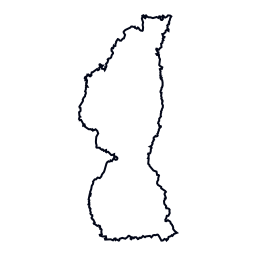 Piratini, Rio Grande do Sul, Brazil
{"feature_id": "56859067B24745919353096", "entity_name": "Piratini", "entity_type": "district", "adm_level": 2, "iso_a3": "BRA", "parent_name": "Brazil", "parent_adm1": "Rio Grande do Sul", "projection": "equal_earth", "projection_center": [-53.097, -31.406], "detail": "fine", "context": "isolated", "style": "outline", "palette": "ink", "viewbox_px": 256, "rotation_deg": 0, "n_neighbors": 0, "source": "geoboundaries", "source_scale": "gbopen_adm2", "svg_char_len": 5788}
<svg xmlns="http://www.w3.org/2000/svg" viewBox="0 0 256 256"><path d="M170.2,15.6L168.0,15.4L166.8,16.8L165.1,17.6L164.4,17.3L163.5,15.8L162.8,15.6L162.3,16.6L162.9,19.0L162.1,20.0L161.5,20.0L160.9,19.7L160.3,18.6L160.3,16.6L159.3,16.3L158.3,17.9L156.7,17.0L152.9,18.1L150.3,17.3L148.5,17.3L147.1,16.6L146.1,15.4L145.3,15.6L145.4,16.4L146.0,17.1L145.2,18.2L143.8,17.2L143.2,15.4L142.3,15.8L142.5,17.4L141.9,18.2L141.9,18.9L143.1,22.3L142.6,25.0L143.1,27.3L142.8,30.3L142.4,30.8L140.9,30.6L139.8,29.9L138.4,27.8L137.9,27.5L137.2,28.5L136.6,28.7L135.5,27.8L135.0,27.8L134.8,26.7L133.2,26.9L132.4,26.5L131.3,26.5L130.3,27.6L125.3,30.0L123.7,31.6L123.7,32.6L125.1,34.9L123.9,38.4L122.8,38.7L121.0,40.7L119.6,40.5L118.5,39.3L117.8,39.1L116.1,41.7L116.1,42.7L115.5,43.7L115.4,45.9L114.1,46.4L113.7,45.9L113.2,48.2L112.0,48.0L111.4,49.1L111.8,50.2L111.5,50.8L112.9,52.4L113.0,53.5L111.8,55.0L111.1,57.5L109.9,58.4L108.5,58.6L107.7,59.4L108.2,60.1L107.4,62.6L106.1,63.7L106.4,66.2L106.1,67.1L105.2,67.2L105.5,68.8L104.7,70.2L104.1,69.0L102.1,68.8L101.5,67.1L102.8,65.6L102.0,65.6L100.0,64.2L99.5,64.5L99.6,65.2L100.6,66.5L99.2,67.7L99.4,69.0L98.5,70.0L97.9,70.2L97.1,69.0L92.9,72.1L91.7,72.4L91.2,74.4L91.5,75.1L90.5,76.3L89.7,76.2L89.6,75.2L88.8,75.3L88.4,74.5L87.4,74.6L87.6,75.7L86.5,76.2L86.2,77.2L85.4,77.0L84.9,77.4L84.8,78.2L85.8,78.4L86.3,79.0L85.4,79.3L85.3,80.4L87.0,80.8L86.8,82.9L86.1,83.1L86.3,84.3L86.0,85.2L87.0,85.8L87.5,86.7L86.4,86.6L85.9,87.0L85.9,89.2L85.1,91.5L85.8,92.1L85.8,93.7L85.2,94.7L85.0,96.3L83.7,97.6L82.7,99.8L83.0,100.5L82.8,101.3L79.4,106.6L79.6,107.6L80.5,108.0L80.6,110.2L80.4,111.2L79.1,112.2L79.4,115.7L80.2,116.7L79.6,116.9L79.0,119.0L79.6,119.5L79.7,120.2L81.1,120.0L83.3,124.0L83.2,125.3L84.5,124.5L84.9,125.6L84.5,126.3L87.6,128.5L89.0,129.3L90.4,129.1L91.5,129.8L92.1,129.3L92.8,130.4L93.2,129.9L93.7,130.3L95.6,129.3L97.3,131.0L98.2,133.5L96.3,136.8L95.9,141.3L96.0,143.2L96.6,145.3L96.3,147.0L96.6,147.6L99.8,147.8L100.2,148.6L101.9,149.8L102.4,149.4L102.9,149.5L103.8,150.9L106.0,150.1L105.9,151.9L106.5,152.3L107.4,151.8L108.2,151.8L111.2,155.0L112.0,155.1L114.1,154.2L114.0,155.6L114.4,157.3L115.7,156.5L117.2,157.6L117.4,158.7L116.8,159.6L115.4,159.8L113.7,158.3L111.9,161.1L110.7,160.5L110.6,161.2L109.1,161.7L108.5,161.3L107.4,162.0L106.5,163.4L104.4,170.8L103.7,172.4L102.8,173.3L101.8,174.9L101.3,176.5L99.8,178.1L97.6,177.6L95.9,179.4L94.7,179.4L93.9,180.4L93.0,181.7L93.3,182.3L92.9,184.1L91.8,185.7L91.2,189.2L90.1,192.1L90.2,192.9L90.8,193.6L90.4,195.4L89.6,194.8L88.6,199.6L89.3,200.1L89.3,200.8L88.8,201.8L89.3,202.6L88.5,204.3L89.4,204.4L89.1,207.0L89.8,207.6L89.7,208.5L90.5,208.9L90.1,210.5L90.8,212.5L90.4,213.6L91.1,214.6L92.3,215.2L92.3,216.5L91.5,217.9L92.5,219.4L93.2,219.5L94.7,222.5L93.7,223.3L94.0,223.9L95.0,224.2L97.3,225.9L98.4,225.4L99.1,225.9L99.8,225.9L100.1,226.5L99.6,227.4L100.3,228.0L100.3,228.9L101.0,228.9L101.6,229.7L101.3,232.0L101.8,234.3L99.8,234.8L100.0,235.6L102.6,236.5L105.9,236.3L106.2,238.0L104.9,238.7L105.2,239.6L110.7,239.3L113.0,240.3L114.4,238.6L115.2,238.5L115.1,239.3L115.5,240.1L116.6,239.4L118.7,240.6L119.2,240.4L119.6,238.8L122.3,237.9L125.3,238.7L127.5,237.1L128.4,235.9L129.0,235.8L131.0,237.0L130.6,238.8L131.2,239.3L131.7,238.9L132.2,237.4L132.9,237.4L133.8,238.2L134.9,237.2L136.3,237.3L137.9,239.1L138.5,238.9L139.4,237.7L140.1,237.6L140.8,238.0L141.4,237.7L143.0,236.0L145.0,237.2L146.0,236.4L149.9,235.9L151.4,237.3L153.1,235.3L154.2,235.0L155.5,235.2L157.3,234.6L158.0,234.8L159.0,236.2L161.4,240.6L162.8,240.5L164.5,239.0L165.3,239.5L166.1,239.2L166.6,240.4L167.9,239.2L168.6,236.9L170.8,236.2L171.8,235.2L172.5,235.8L174.0,233.9L177.0,232.8L174.7,231.0L173.4,229.4L173.1,228.8L173.2,227.7L172.7,225.9L172.2,225.5L172.0,224.6L170.7,223.5L170.6,222.4L169.9,221.4L167.9,220.2L166.3,221.2L165.5,221.1L165.3,219.7L166.2,218.3L166.8,215.8L168.4,215.8L169.7,213.1L169.4,211.1L169.6,209.7L168.9,208.8L167.2,208.2L166.3,208.3L165.9,207.3L166.2,206.2L164.3,203.8L164.0,201.0L164.8,199.7L164.8,198.5L165.7,198.5L165.9,197.9L164.5,194.1L164.8,193.1L165.9,191.9L165.2,191.0L161.2,188.3L161.2,186.9L157.9,184.9L157.1,183.5L157.2,181.7L158.3,179.8L158.2,178.2L159.0,175.5L158.6,175.0L157.1,174.9L156.5,171.6L153.4,170.5L149.5,165.8L149.3,164.7L148.2,163.8L148.7,158.4L148.0,158.2L148.4,157.5L148.8,155.2L148.0,154.1L148.3,153.5L149.9,153.4L150.3,152.8L150.8,151.0L150.8,149.1L151.6,147.9L150.9,147.0L150.0,146.6L151.5,145.8L152.3,144.3L152.6,143.7L152.2,142.8L153.3,141.1L153.3,140.4L154.1,139.7L153.6,138.5L153.7,137.6L155.5,136.0L156.0,136.5L157.3,136.1L157.7,135.6L157.3,133.9L158.1,133.0L158.1,132.1L158.9,130.4L158.8,129.5L160.1,127.5L160.8,127.0L160.9,126.3L160.1,126.0L159.4,126.4L158.6,123.5L158.1,123.2L158.6,121.5L159.2,120.9L159.2,118.7L161.0,116.4L160.7,115.7L160.8,113.6L161.2,112.6L161.0,111.4L161.8,110.2L161.8,109.4L162.8,107.4L162.9,105.4L162.1,103.8L162.1,102.7L162.6,101.7L162.1,100.9L162.5,100.4L161.3,98.7L161.7,97.8L161.1,96.0L161.5,92.9L160.9,92.9L160.5,92.1L160.5,91.2L161.4,89.3L161.5,87.9L162.1,87.4L162.2,86.3L162.6,85.9L162.6,82.4L162.2,80.1L161.3,79.4L161.7,78.2L160.6,78.2L160.4,77.3L161.1,76.2L160.4,75.9L160.2,75.2L160.6,74.3L160.3,72.6L160.6,71.4L159.8,69.1L160.3,68.8L161.8,68.9L162.3,67.3L159.9,65.9L159.2,65.0L160.0,59.2L159.4,58.3L158.9,56.3L159.0,55.1L157.0,55.0L156.4,54.1L157.9,53.9L158.6,53.1L158.4,52.2L157.6,52.0L156.2,49.4L156.4,48.7L157.0,48.7L158.1,49.8L158.8,49.8L159.8,48.4L161.5,47.1L161.1,43.7L162.4,42.8L162.4,41.1L163.5,40.3L162.7,38.8L163.2,37.7L164.3,37.6L164.5,36.9L163.1,36.4L162.3,34.1L163.7,33.9L164.3,33.1L165.4,32.4L165.7,30.7L166.8,29.9L168.5,30.9L168.6,29.4L167.3,28.0L167.7,26.5L167.2,25.6L168.0,24.4L168.9,24.4L169.3,22.9L168.8,22.1L169.7,20.4L170.2,18.2L171.3,16.4L170.2,15.6Z" fill="none" stroke="#020617" stroke-width="2"/></svg>